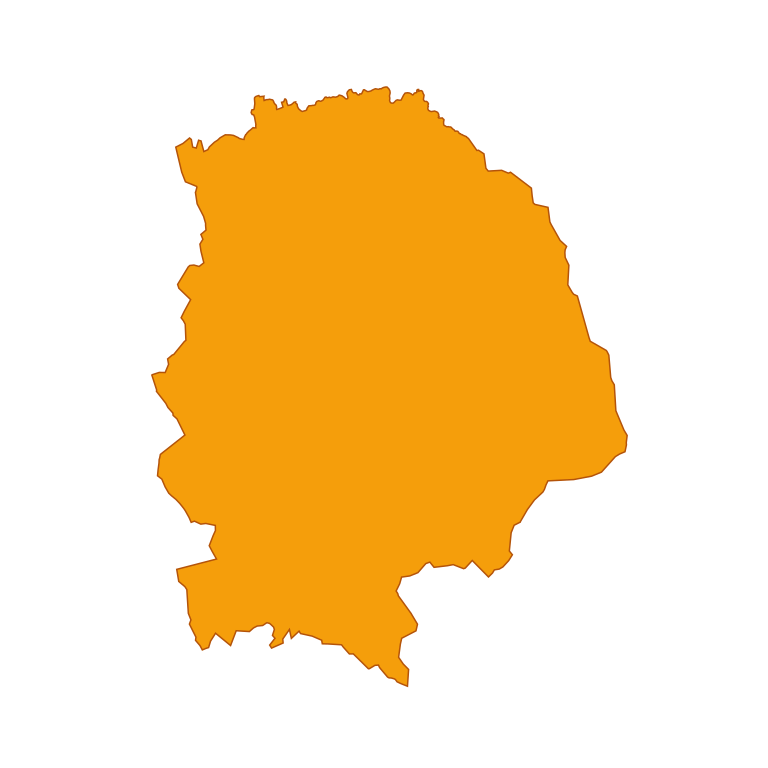 outline of Soba, Kaduna, Nigeria, rotated 11°
{"feature_id": "59680162B47761767082139", "entity_name": "Soba", "entity_type": "district", "adm_level": 2, "iso_a3": "NGA", "parent_name": "Nigeria", "parent_adm1": "Kaduna", "projection": "mercator", "projection_center": [7.944, 10.956], "detail": "fine", "context": "isolated", "style": "filled", "palette": "amber", "viewbox_px": 768, "rotation_deg": 11, "n_neighbors": 0, "source": "geoboundaries", "source_scale": "gbopen_adm2", "svg_char_len": 6124}
<svg xmlns="http://www.w3.org/2000/svg" viewBox="0 0 768 768"><g transform="rotate(11 384 384)"><path d="M176.1,173.6L174.1,176.4L171.4,179.0L167.4,184.5L166.4,187.6L162.8,190.2L158.0,180.3L155.5,180.1L154.7,188.2L151.0,188.0L148.2,180.7L146.2,179.6L140.8,186.2L134.4,191.2L145.0,214.6L150.5,223.4L162.4,225.8L162.8,226.6L162.5,231.1L162.3,231.8L166.2,242.8L175.0,254.0L178.2,260.3L178.6,262.4L179.9,266.9L175.7,272.1L178.6,276.5L176.6,281.8L179.0,288.6L184.0,299.4L180.1,303.9L174.7,303.5L170.8,304.7L169.5,306.4L162.4,325.6L164.4,329.2L178.1,338.1L174.0,351.0L172.2,357.7L175.1,360.3L177.5,363.3L181.2,378.9L179.9,380.4L172.0,395.1L170.5,396.1L166.8,400.7L168.8,405.8L167.0,414.5L161.2,415.5L154.9,419.0L154.4,419.5L162.0,433.3L162.0,434.6L173.5,444.6L176.4,448.3L182.3,452.8L183.0,455.1L187.4,457.7L198.3,472.1L177.9,495.8L177.9,499.4L177.7,501.1L178.2,504.6L178.6,511.1L179.2,517.3L184.1,519.8L188.8,526.8L193.6,532.3L196.8,534.3L201.8,537.0L206.4,540.3L211.1,544.3L213.1,546.3L218.1,552.2L221.1,556.6L224.1,554.8L230.9,556.5L235.7,554.9L245.4,555.0L246.5,560.0L245.2,565.5L243.3,576.1L247.2,581.0L253.0,587.8L215.9,605.5L220.2,617.0L227.2,620.9L229.7,623.5L235.7,646.5L239.5,652.4L238.8,656.8L247.7,668.4L247.9,671.6L253.3,675.9L256.4,679.7L259.7,677.5L262.1,676.2L262.8,669.5L266.2,660.8L283.3,670.0L286.0,654.4L299.1,652.7L302.5,648.3L305.7,645.8L311.0,644.2L314.5,640.7L317.3,640.8L319.4,642.0L322.0,643.7L323.2,645.9L322.5,652.1L325.5,654.4L321.6,662.1L324.0,664.7L334.4,657.5L333.3,653.7L338.0,643.0L341.6,651.4L347.8,642.8L349.7,644.9L361.6,645.2L371.7,647.4L373.0,650.8L379.0,649.8L392.1,648.1L394.2,650.0L401.5,655.6L405.4,654.8L423.0,666.5L423.9,666.3L428.8,661.9L432.2,661.0L433.7,663.1L434.6,663.9L443.3,670.9L444.2,671.3L445.1,671.5L447.2,671.2L450.6,671.5L451.8,672.1L453.6,673.8L457.0,674.7L459.9,675.3L464.7,676.2L462.6,659.5L456.3,655.2L450.5,649.5L449.7,636.2L449.9,630.2L462.5,620.2L462.7,613.4L455.7,605.6L454.4,604.1L438.5,589.2L437.5,587.1L435.4,584.9L437.5,577.1L438.1,570.2L445.9,567.5L453.3,562.7L459.3,552.3L463.0,550.1L468.1,554.4L480.9,550.3L486.4,548.1L497.4,550.1L498.9,549.2L504.3,540.4L523.4,553.5L526.6,548.8L527.8,545.4L532.4,543.7L535.6,540.9L540.1,533.6L542.6,527.1L538.9,524.0L537.2,505.7L538.7,497.8L544.1,493.6L544.1,493.2L548.7,479.9L553.8,469.1L560.6,459.7L561.6,456.8L562.3,452.1L563.4,447.8L588.5,441.6L605.5,434.8L614.3,429.0L625.0,411.1L628.6,407.8L633.5,404.5L633.6,397.5L633.0,395.3L632.5,388.1L628.3,383.4L616.7,366.0L610.2,340.8L607.1,337.4L605.3,334.3L599.2,312.8L597.1,310.0L595.9,308.7L578.3,302.7L576.4,299.4L557.0,260.7L553.0,259.7L551.1,258.0L545.5,251.6L542.8,232.1L537.7,225.2L536.5,220.6L536.2,217.7L537.0,214.1L529.5,209.5L517.6,195.5L515.9,193.2L511.3,179.3L497.8,178.9L495.9,177.7L493.5,170.9L491.3,163.6L467.8,152.0L465.8,153.3L458.7,151.8L445.7,155.1L442.9,152.8L438.2,139.0L432.2,136.5L430.6,137.0L420.2,127.0L419.4,126.5L418.8,126.3L418.2,126.0L417.8,125.5L414.4,124.8L413.1,124.3L412.3,124.4L411.3,123.7L410.4,123.8L409.9,123.6L409.5,122.9L408.2,121.9L406.9,121.9L406.3,122.0L405.8,122.3L405.4,122.2L404.3,121.1L403.9,121.0L402.6,120.4L401.0,119.2L400.7,119.1L400.1,119.0L399.0,119.2L397.9,119.1L397.1,119.4L396.3,119.5L393.7,118.6L393.4,118.4L393.0,117.6L392.4,115.1L392.6,114.3L392.4,113.8L392.5,113.2L392.3,112.9L391.6,112.6L390.5,111.7L388.3,112.3L386.9,112.4L386.6,112.2L386.4,111.8L387.0,111.0L387.0,110.7L386.8,110.4L386.3,110.1L386.2,109.9L386.3,108.9L384.9,107.2L383.8,106.8L381.6,106.4L378.6,107.5L377.5,107.5L375.6,106.9L374.9,106.2L374.3,104.8L374.5,103.0L374.1,102.7L374.0,101.5L374.2,100.9L374.0,100.0L373.2,99.5L372.9,99.0L371.8,98.5L370.1,98.8L369.3,98.3L368.4,97.2L368.2,92.8L366.7,91.0L366.3,90.0L365.4,89.1L364.5,88.9L363.3,89.3L362.4,90.1L362.0,90.1L361.9,88.3L361.2,88.3L360.7,88.7L360.2,89.3L360.5,91.4L359.8,92.1L359.3,92.2L358.3,92.6L357.5,94.5L356.7,94.8L355.4,94.0L353.5,93.5L351.6,93.6L349.2,94.4L348.1,96.7L346.6,102.0L345.6,102.4L344.0,102.5L343.0,102.5L341.8,103.2L340.0,105.9L339.3,106.6L337.8,106.8L337.0,106.7L336.0,105.8L335.4,104.7L335.2,102.4L334.4,100.2L334.5,97.2L333.9,95.2L332.4,93.3L330.3,91.9L328.8,92.2L327.2,92.9L325.8,93.8L325.1,94.7L323.7,94.9L322.3,95.8L319.3,95.8L318.4,96.3L316.3,97.8L315.3,98.8L313.3,99.8L311.8,100.1L308.5,98.9L307.7,99.2L306.8,102.7L306.6,103.4L306.2,103.6L304.9,103.8L304.7,104.6L304.2,105.1L302.8,105.0L300.8,103.4L298.8,104.0L297.8,103.7L296.8,102.8L295.8,101.1L293.8,101.8L292.4,104.0L292.1,105.8L293.9,109.6L293.9,110.4L293.4,111.1L292.4,111.4L291.6,111.1L290.2,110.2L287.7,109.1L285.3,108.9L284.7,109.1L284.1,110.1L283.4,110.8L281.7,111.7L279.6,111.8L278.8,112.0L277.7,112.8L276.6,113.2L276.3,113.0L275.7,112.9L274.0,113.7L273.2,113.8L272.3,113.3L271.2,114.0L271.2,114.3L270.6,115.5L270.0,116.9L268.4,118.3L267.6,118.6L266.4,118.4L265.6,118.5L264.1,119.5L263.5,120.9L263.5,122.2L263.3,122.9L263.1,123.2L262.1,123.8L261.3,124.0L260.5,124.2L259.7,124.6L257.7,125.1L257.1,125.3L255.9,127.9L255.7,129.8L254.9,130.5L251.7,132.1L250.2,131.6L247.9,130.3L246.9,129.2L246.0,127.9L245.4,126.1L245.1,125.8L244.1,125.4L243.6,124.8L243.5,123.9L242.1,124.5L241.7,124.8L241.6,125.1L240.4,126.6L239.3,127.8L238.9,127.8L238.2,128.3L236.6,128.9L235.1,126.7L234.8,126.2L234.8,125.8L234.4,124.7L233.7,123.7L233.0,123.1L232.5,123.1L232.1,123.3L232.1,124.5L231.8,125.2L231.7,126.1L229.7,127.0L232.0,131.4L231.4,132.0L228.7,133.7L226.8,134.8L226.3,135.0L225.9,134.1L225.9,133.3L225.4,131.7L225.0,131.0L224.6,130.6L223.9,130.3L222.3,128.8L221.9,128.3L221.8,127.7L220.5,126.4L217.3,126.3L216.0,126.9L214.0,127.4L212.9,128.3L212.2,128.6L211.9,127.5L211.7,127.1L211.2,124.9L211.3,124.4L207.1,125.7L206.1,124.7L203.5,126.1L202.5,127.3L202.3,127.9L202.5,129.1L203.7,133.5L204.0,138.4L203.8,139.4L203.3,139.7L202.1,140.0L201.9,140.4L201.8,143.0L203.1,144.6L203.8,144.6L204.8,144.8L206.0,146.7L208.8,153.9L208.7,154.1L208.9,155.3L209.3,157.0L208.7,157.0L207.5,157.5L206.6,157.3L204.2,160.4L203.2,161.4L201.6,163.9L200.9,165.6L200.6,165.7L199.8,168.9L200.0,170.6L198.4,170.8L195.2,170.6L194.0,170.0L188.9,168.7L185.8,168.8L180.6,169.7L176.1,173.6Z" fill="#f59e0b" stroke="#b45309" stroke-width="1.5"/></g></svg>